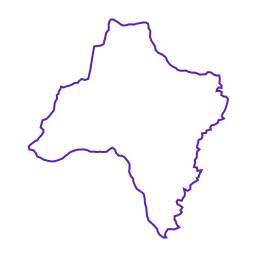 outline of Votuporanga, São Paulo, Brazil, rotated 273°
{"feature_id": "56859067B13648095605240", "entity_name": "Votuporanga", "entity_type": "district", "adm_level": 2, "iso_a3": "BRA", "parent_name": "Brazil", "parent_adm1": "São Paulo", "projection": "mercator", "projection_center": [-50.002, -20.446], "detail": "fine", "context": "isolated", "style": "outline", "palette": "violet", "viewbox_px": 256, "rotation_deg": 273, "n_neighbors": 0, "source": "geoboundaries", "source_scale": "gbopen_adm2", "svg_char_len": 3022}
<svg xmlns="http://www.w3.org/2000/svg" viewBox="0 0 256 256"><g transform="rotate(273 128 128)"><path d="M124.1,40.7L121.7,43.6L119.3,43.7L116.3,42.0L113.1,39.3L110.8,38.2L110.4,36.1L108.7,34.3L107.2,32.5L104.4,29.8L101.4,30.7L100.8,34.8L97.9,37.4L94.9,38.7L93.6,42.5L92.0,45.2L91.0,50.0L90.6,52.9L90.9,56.3L92.2,59.9L93.6,63.2L94.9,65.1L96.7,66.7L98.2,68.8L100.4,71.0L101.8,73.6L103.2,76.9L103.9,80.1L104.2,83.2L104.3,85.6L103.5,89.0L102.4,91.6L102.6,94.7L102.4,98.7L102.9,101.1L102.7,103.9L103.2,108.1L104.9,109.7L107.6,113.2L105.9,116.0L102.3,117.5L99.8,120.3L100.0,122.6L99.1,125.3L97.3,127.3L94.8,129.5L92.3,131.3L90.1,131.6L87.4,131.6L84.4,131.4L82.1,132.4L79.8,133.6L77.8,135.7L75.2,136.1L72.8,137.0L69.7,138.7L67.7,139.9L65.6,143.3L64.3,145.5L62.7,147.2L59.4,148.2L55.1,148.7L52.3,149.3L50.0,150.4L46.4,150.8L43.8,151.2L40.7,151.8L38.7,152.7L36.7,153.4L33.6,157.3L31.5,159.7L28.6,162.3L25.6,163.4L23.1,165.2L21.7,167.2L20.4,169.4L20.7,171.9L22.9,170.4L25.7,171.1L29.1,173.2L29.3,176.5L29.0,178.9L30.0,181.5L31.6,184.4L33.8,181.8L37.1,180.7L39.5,179.1L42.5,179.3L43.2,181.8L44.8,184.6L46.8,186.2L48.5,184.6L51.5,186.5L53.2,184.3L54.4,181.4L57.2,180.4L58.9,181.6L58.1,185.5L61.1,186.6L62.8,188.0L65.7,188.3L70.1,187.1L68.4,190.7L70.2,193.5L74.0,193.2L76.4,195.6L78.3,198.6L79.7,200.5L81.5,199.3L82.9,201.2L85.0,201.6L87.0,202.5L89.7,203.7L88.8,199.6L92.1,199.0L92.4,195.9L94.9,196.3L97.1,197.0L99.2,196.3L102.4,198.2L105.4,198.1L108.3,198.4L110.5,200.5L112.1,197.9L114.9,198.3L117.2,198.9L119.6,199.0L121.3,202.1L124.0,202.8L126.5,202.2L127.2,206.3L129.4,206.4L130.3,208.6L130.7,210.8L132.6,210.1L134.9,211.2L136.0,214.6L138.0,217.5L140.6,218.0L141.1,220.4L142.4,223.3L144.4,221.1L147.0,221.6L149.2,223.0L151.1,223.9L154.1,224.9L157.2,225.5L159.7,226.1L162.5,226.2L164.5,224.2L164.4,221.9L165.9,219.4L169.0,219.7L170.0,217.1L169.4,214.6L171.8,215.2L173.3,216.6L172.8,219.3L175.5,219.2L177.3,217.0L179.5,217.1L182.3,217.1L185.3,216.4L185.0,213.4L186.0,210.6L187.8,208.2L188.0,204.8L185.6,202.6L185.6,200.3L185.0,197.3L186.1,194.3L186.8,191.7L186.6,188.8L187.3,185.4L188.4,182.8L188.1,180.4L188.0,176.8L188.7,174.4L190.4,172.7L191.7,169.4L193.5,166.6L195.5,164.9L197.2,163.6L200.5,162.1L203.1,158.3L203.9,156.2L205.2,153.5L207.4,151.5L210.7,150.8L213.2,149.1L216.6,146.6L220.0,145.3L223.2,145.2L226.0,145.3L228.7,143.3L230.9,143.2L233.5,142.4L234.4,139.7L233.9,136.6L233.1,133.4L232.6,131.1L231.6,128.5L231.7,126.2L231.5,123.4L230.4,120.3L230.1,117.6L231.1,115.3L232.9,112.8L234.4,109.8L235.6,107.5L235.5,105.2L232.9,103.7L230.6,103.3L227.5,103.5L224.9,103.6L222.4,101.5L220.3,100.9L216.3,100.5L213.5,99.7L210.5,99.3L209.0,96.8L207.7,90.0L196.4,88.6L192.3,88.2L183.8,87.3L175.0,85.7L173.7,82.7L174.5,79.1L172.4,76.8L170.6,75.6L170.0,72.2L168.5,69.8L166.9,66.5L166.3,64.0L165.1,61.6L165.8,59.0L163.2,58.4L160.8,57.0L158.4,56.8L157.0,55.2L153.6,55.6L149.7,53.6L145.9,53.3L143.4,53.3L141.4,52.9L139.1,51.0L136.9,49.6L134.5,47.8L132.8,46.1L131.3,42.3L124.1,40.7Z" fill="none" stroke="#5b21b6" stroke-width="2"/></g></svg>